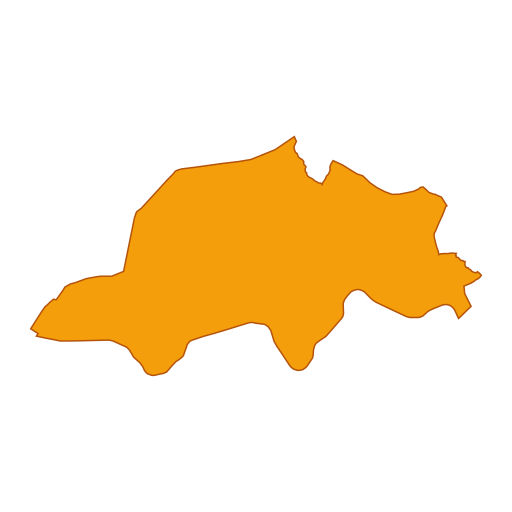 the district of Asokore Mampong Municipal, Ashanti, Ghana
{"feature_id": "2480657B67032672358324", "entity_name": "Asokore Mampong Municipal", "entity_type": "district", "adm_level": 2, "iso_a3": "GHA", "parent_name": "Ghana", "parent_adm1": "Ashanti", "projection": "mercator", "projection_center": [-1.562, 6.712], "detail": "fine", "context": "isolated", "style": "filled", "palette": "amber", "viewbox_px": 512, "rotation_deg": 0, "n_neighbors": 0, "source": "geoboundaries", "source_scale": "gbopen_adm2", "svg_char_len": 3411}
<svg xmlns="http://www.w3.org/2000/svg" viewBox="0 0 512 512"><path d="M294.3,136.6L284.5,143.3L275.1,149.7L250.9,159.5L238.3,161.6L222.2,163.5L195.5,167.2L181.8,168.9L177.9,170.0L175.3,171.2L173.8,173.2L167.4,179.8L141.5,208.1L136.8,211.7L135.9,213.4L135.2,215.8L134.4,218.0L123.6,271.4L111.7,276.2L101.7,276.2L98.8,276.4L91.3,277.7L86.1,278.7L75.4,282.6L70.1,284.1L64.9,287.1L63.0,290.3L56.2,299.8L53.6,299.2L50.1,302.0L47.5,304.7L45.3,306.5L41.9,311.2L30.7,328.8L38.1,333.6L36.4,336.1L45.1,338.0L54.0,339.7L60.3,341.0L68.3,341.0L79.3,340.8L108.0,340.1L110.7,340.4L113.2,341.1L126.7,347.2L129.3,349.8L133.6,357.1L139.8,362.7L142.6,366.4L144.4,370.3L145.7,372.1L147.4,373.7L151.9,375.4L153.7,375.4L156.1,375.0L158.9,374.3L163.5,373.4L164.8,372.8L166.5,372.1L167.4,371.1L172.4,365.3L176.0,361.5L178.0,360.3L181.6,357.6L183.4,355.6L186.7,346.4L187.1,344.8L188.5,342.8L190.3,341.0L192.6,340.0L195.6,339.0L203.6,336.3L214.1,333.4L229.4,328.8L247.4,323.2L249.7,322.6L252.4,322.4L255.5,323.2L264.5,324.3L267.9,326.4L270.8,330.5L272.3,335.4L274.0,341.2L276.6,345.9L283.3,355.8L289.4,365.1L290.9,367.0L293.3,369.0L296.8,370.2L299.2,370.4L302.6,369.7L304.9,368.2L306.8,366.5L307.6,365.4L312.4,358.2L313.2,355.0L313.4,350.5L314.3,346.8L315.1,344.7L316.4,343.1L317.6,342.1L319.2,340.9L325.9,336.4L332.8,328.6L334.0,327.2L341.8,318.2L342.9,316.3L343.6,313.2L343.5,312.3L343.2,304.9L343.4,302.7L344.1,300.8L345.0,299.0L347.5,295.7L351.0,291.8L353.9,290.3L356.1,289.7L357.7,289.5L359.8,289.7L363.2,291.1L364.2,291.8L365.4,292.8L370.4,298.0L372.5,299.8L373.3,300.5L376.2,302.3L385.4,306.7L406.0,316.4L407.9,317.0L408.3,317.1L410.1,317.5L418.2,317.5L421.0,316.9L423.2,315.7L427.7,311.6L429.3,310.6L432.6,309.0L442.7,304.9L445.2,304.6L446.3,304.5L449.1,305.1L450.8,306.0L451.5,306.4L452.6,307.4L454.5,309.7L456.0,312.8L457.4,316.1L458.6,318.5L471.1,306.3L465.4,295.0L464.6,293.0L464.5,292.0L464.4,290.5L464.3,288.9L463.9,286.2L466.3,285.1L471.1,283.1L471.5,282.8L473.5,281.7L475.6,280.0L477.7,279.0L479.6,277.6L481.3,275.3L479.3,273.0L478.7,272.8L477.5,271.7L476.5,272.5L474.7,272.7L473.9,272.3L471.5,271.2L470.6,269.7L469.6,269.4L468.6,268.5L468.1,267.7L467.6,267.7L466.6,267.8L465.7,266.6L465.1,265.6L464.8,264.1L465.1,261.5L463.7,261.4L462.8,260.5L461.1,260.6L460.3,259.9L458.1,257.4L457.1,257.4L456.0,256.8L456.2,255.8L455.5,255.1L456.3,253.4L452.2,253.1L450.6,253.1L447.6,253.7L446.1,253.5L442.8,253.7L440.6,253.8L438.8,254.7L438.4,251.7L436.5,246.5L434.7,239.3L434.3,237.5L434.0,234.5L434.4,233.0L435.3,231.6L439.0,222.7L442.3,215.6L444.4,210.4L445.3,207.7L445.8,206.5L446.9,205.8L442.3,198.5L441.4,197.1L435.7,194.7L435.4,194.3L434.1,194.3L428.9,192.4L425.8,189.3L423.1,187.0L420.7,187.3L418.3,189.2L413.3,191.4L411.3,191.8L405.5,193.0L399.1,194.2L392.2,194.4L385.3,191.9L377.1,187.7L371.0,183.5L370.0,182.8L362.9,175.9L357.2,174.0L353.8,172.0L342.6,165.0L333.1,160.6L331.2,163.6L330.4,165.2L329.9,167.5L330.1,170.2L328.5,174.1L326.6,175.9L325.1,179.4L323.1,182.2L322.1,184.6L321.0,183.2L318.1,182.8L316.7,181.7L314.6,180.9L313.7,179.8L311.7,178.4L309.8,177.5L308.8,177.0L307.1,175.4L306.6,172.8L305.5,172.0L305.1,169.0L306.0,167.0L305.4,165.9L303.9,164.5L303.6,163.4L303.8,162.0L303.6,161.6L303.6,161.2L302.3,159.7L301.9,159.3L301.0,158.9L299.3,157.8L298.3,156.7L297.1,153.5L295.4,152.3L294.4,149.5L294.0,147.2L294.4,145.8L295.4,143.4L296.4,141.5L294.3,136.6Z" fill="#f59e0b" stroke="#b45309" stroke-width="1.5"/></svg>